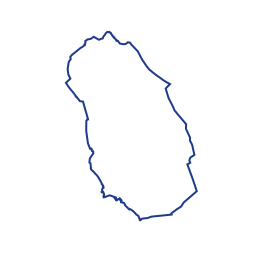 outline of Benguet, Benguet, Philippines, rotated 325°
{"feature_id": "2640588B49362051778248", "entity_name": "Benguet", "entity_type": "district", "adm_level": 2, "iso_a3": "PHL", "parent_name": "Philippines", "parent_adm1": "Benguet", "projection": "mercator", "projection_center": [120.629, 16.553], "detail": "fine", "context": "isolated", "style": "outline", "palette": "blue", "viewbox_px": 256, "rotation_deg": 325, "n_neighbors": 0, "source": "geoboundaries", "source_scale": "gbopen_adm2", "svg_char_len": 4381}
<svg xmlns="http://www.w3.org/2000/svg" viewBox="0 0 256 256"><g transform="rotate(325 128 128)"><path d="M152.2,33.6L148.6,33.6L145.7,32.3L143.9,32.2L142.9,32.3L142.8,32.5L142.8,32.8L142.7,33.0L142.4,33.2L142.4,33.3L142.1,33.5L141.9,33.6L141.7,33.9L141.6,34.0L141.4,34.3L141.2,34.5L140.9,34.7L140.7,35.0L140.5,34.8L140.4,34.7L140.2,34.6L139.9,34.9L139.8,35.0L139.7,35.1L139.6,35.3L136.7,35.4L135.5,35.2L123.7,36.0L121.4,36.8L120.6,38.7L117.5,39.8L112.6,44.8L111.4,46.9L109.8,50.1L109.1,54.5L103.1,55.4L102.9,59.6L103.0,62.1L103.5,67.8L103.6,70.9L103.6,71.7L103.6,71.9L103.4,72.0L103.2,72.2L103.2,72.3L103.3,72.4L103.4,72.5L103.5,72.6L103.6,72.9L103.7,73.1L103.7,73.7L103.8,73.7L104.0,78.4L106.3,80.6L104.6,85.4L102.2,92.4L100.8,96.4L100.3,97.8L100.0,97.5L99.6,97.5L99.2,97.7L98.5,98.2L98.0,98.2L95.7,101.4L92.2,106.3L86.4,117.5L85.0,123.4L85.2,123.5L85.6,123.5L85.9,123.6L86.1,123.7L86.1,123.9L86.2,124.0L86.1,124.5L85.9,124.9L85.9,125.0L85.8,125.3L85.6,125.5L85.4,125.7L85.3,125.8L85.3,126.1L85.7,126.5L85.9,126.7L86.0,126.9L86.0,127.1L85.9,127.2L85.9,127.3L85.7,127.4L85.5,127.8L85.4,128.1L85.3,128.3L85.2,128.5L85.1,128.9L80.3,130.6L79.1,131.3L76.6,134.1L76.6,134.5L77.0,135.3L76.8,135.6L76.8,135.9L74.7,139.4L74.7,139.5L74.4,139.6L74.0,141.1L74.5,142.9L74.5,143.4L74.9,145.0L74.9,146.1L74.9,146.5L75.0,147.0L75.4,148.8L75.4,151.1L75.2,153.3L75.2,154.2L75.1,154.9L75.0,156.6L74.6,158.3L74.6,158.5L74.6,158.8L74.4,159.0L74.5,159.2L74.5,159.4L74.6,159.6L74.5,160.1L74.5,160.3L74.6,161.1L74.5,161.3L74.4,161.4L74.1,161.3L73.9,161.3L73.8,161.6L73.9,161.9L74.0,162.2L74.0,162.6L73.8,162.9L73.4,163.0L72.9,163.0L72.4,162.9L71.9,163.2L71.2,164.0L70.9,165.0L70.7,165.4L70.5,165.5L70.3,165.5L70.1,165.4L69.9,165.2L69.7,165.2L69.6,165.5L69.8,165.9L70.5,166.0L70.8,166.1L71.0,166.2L71.0,166.4L70.9,166.7L70.8,166.9L70.7,167.1L70.6,167.3L70.6,167.9L70.6,168.2L70.5,168.4L70.2,168.8L69.8,169.1L69.2,169.4L69.1,169.6L69.4,169.9L69.5,170.1L69.5,170.3L69.3,170.5L69.1,170.6L68.7,170.6L68.4,170.6L68.4,170.8L68.4,171.0L74.4,172.6L78.2,178.0L78.0,178.3L77.9,178.3L77.9,178.8L77.7,178.9L77.7,179.1L77.3,179.0L77.2,179.0L77.0,178.9L76.9,178.8L76.9,179.0L77.0,179.2L77.0,179.3L77.1,179.5L77.3,179.8L77.4,180.0L77.5,180.1L77.4,180.3L77.2,180.4L77.0,180.5L77.3,180.8L80.7,180.8L80.7,181.0L81.0,181.3L81.1,181.5L81.0,181.8L80.6,182.0L80.4,182.0L80.3,182.3L80.4,182.5L80.5,182.6L81.0,182.7L81.2,182.8L81.2,183.0L81.0,183.3L81.0,183.5L81.0,183.8L81.0,184.0L80.9,184.1L80.6,184.2L80.4,183.9L80.2,183.9L80.1,184.0L80.1,184.5L79.8,184.7L79.7,184.8L81.8,187.2L81.6,188.0L81.5,189.4L81.3,189.8L82.2,194.8L82.3,194.7L82.5,194.7L82.6,194.9L82.6,195.0L82.7,195.3L82.8,195.4L83.0,195.7L83.2,195.8L83.6,196.4L84.6,199.3L84.9,201.4L85.1,202.0L85.1,202.4L85.1,203.4L86.1,206.0L85.2,209.4L85.3,209.8L85.2,209.9L85.1,210.1L84.9,210.3L85.1,210.6L86.2,210.5L86.6,210.2L87.0,210.1L92.5,213.0L96.3,214.0L113.6,223.7L113.8,223.7L114.0,223.8L114.0,223.7L113.9,223.3L114.0,223.2L114.4,222.9L114.5,222.8L121.0,222.6L126.7,222.8L130.6,221.0L145.3,219.5L148.1,219.2L151.8,206.7L155.8,191.8L159.0,192.2L159.7,189.7L161.5,188.3L162.7,188.0L167.0,188.1L169.7,181.4L170.6,179.4L171.0,177.8L171.2,176.8L171.5,173.9L173.3,171.5L175.0,161.9L177.8,158.2L176.5,144.0L176.4,142.1L176.2,140.4L177.0,136.9L178.4,126.8L181.5,117.3L187.6,116.1L185.6,112.1L184.1,108.4L183.3,105.9L181.6,101.2L180.2,96.8L179.0,92.3L178.9,91.6L178.7,87.3L178.8,80.8L178.9,79.3L179.7,73.0L180.0,70.9L179.1,64.7L179.0,64.1L178.5,61.0L178.7,59.4L177.0,57.7L175.8,57.8L174.1,57.8L173.0,57.2L171.7,56.2L169.7,54.0L169.7,51.3L169.6,51.2L169.7,50.9L169.4,50.6L169.2,50.5L169.0,50.4L168.9,50.3L168.8,50.2L168.6,50.0L168.6,49.9L168.6,49.7L168.8,49.4L169.1,49.3L169.1,49.2L169.0,48.9L168.9,48.9L168.9,48.7L168.7,48.5L168.7,48.3L168.7,48.2L168.8,48.1L168.8,47.9L168.6,47.6L168.6,47.4L168.6,47.2L168.6,46.8L168.6,46.6L168.4,46.5L168.4,46.2L168.4,45.9L168.3,45.7L168.5,45.6L168.4,45.5L168.3,45.3L168.2,44.0L168.3,43.9L168.4,43.7L168.4,43.4L168.3,43.2L168.2,43.2L168.2,42.9L168.3,42.8L168.2,41.1L168.1,40.9L168.1,40.6L168.3,40.5L168.3,40.3L168.4,40.2L168.3,39.9L168.3,39.7L168.2,39.5L168.1,39.4L168.0,39.1L167.7,38.8L167.7,38.7L167.4,38.7L167.2,38.6L167.1,38.4L166.9,38.2L166.8,37.9L166.7,37.8L166.6,37.7L165.9,37.4L164.0,37.7L162.1,38.6L161.0,38.7L159.9,39.3L158.7,40.1L157.2,39.5L156.1,39.4L154.8,39.0L152.2,33.6Z" fill="none" stroke="#1e3a8a" stroke-width="2"/></g></svg>